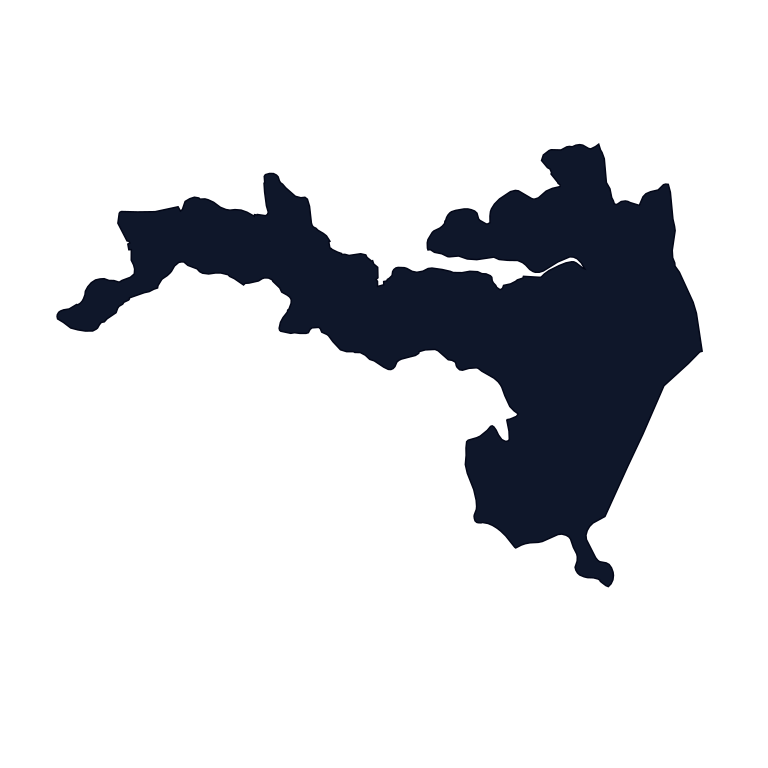 the district of Hunters Hill, New South Wales, Australia, rotated 175°
{"feature_id": "25037944B34296859753223", "entity_name": "Hunters Hill", "entity_type": "district", "adm_level": 2, "iso_a3": "AUS", "parent_name": "Australia", "parent_adm1": "New South Wales", "projection": "natural_earth1", "projection_center": [151.151, -33.83], "detail": "fine", "context": "isolated", "style": "filled", "palette": "ink", "viewbox_px": 768, "rotation_deg": 175, "n_neighbors": 0, "source": "geoboundaries", "source_scale": "gbopen_adm2", "svg_char_len": 6153}
<svg xmlns="http://www.w3.org/2000/svg" viewBox="0 0 768 768"><g transform="rotate(175 384 384)"><path d="M185.6,168.4L180.5,163.8L178.2,162.6L175.2,165.2L173.0,169.0L172.1,173.3L172.2,176.6L173.4,181.1L175.5,184.6L178.2,186.4L184.7,188.2L186.5,189.8L188.3,192.5L195.9,211.4L196.0,215.8L194.3,220.3L191.6,224.2L187.9,227.3L175.4,232.8L148.4,280.7L130.5,311.4L105.3,357.8L79.1,377.8L66.7,388.4L64.2,388.9L66.6,427.3L68.9,438.5L80.0,469.6L83.8,476.1L83.8,479.3L85.4,484.6L85.2,492.0L80.6,511.4L80.8,515.8L81.8,523.2L82.0,550.1L83.4,558.1L86.0,558.6L88.2,558.2L94.0,553.4L101.7,552.3L106.5,550.7L109.7,547.9L114.1,539.7L123.0,543.3L125.1,544.6L127.6,545.3L131.8,545.1L136.4,542.5L138.8,543.2L139.6,546.7L140.9,549.8L141.9,558.8L144.9,565.3L144.9,589.2L146.6,595.6L147.9,598.3L149.2,604.2L152.6,602.1L157.5,600.2L159.6,600.8L165.1,604.6L168.1,605.4L172.0,605.2L175.8,603.9L178.6,604.5L181.3,604.3L187.3,601.7L197.1,602.8L199.2,602.2L205.3,598.3L207.6,592.9L202.3,585.3L199.9,583.7L198.7,580.1L199.3,578.6L193.4,569.8L193.1,568.7L191.3,567.2L191.2,565.7L191.6,565.3L199.3,564.2L205.7,562.0L213.9,556.0L217.5,555.1L219.2,555.2L220.8,555.9L233.2,564.7L236.3,565.4L241.3,564.6L252.8,558.3L258.3,553.6L261.7,549.1L262.9,546.5L263.8,542.1L264.3,535.5L266.7,534.4L268.2,534.5L274.4,538.8L275.4,540.3L276.5,546.1L278.6,548.4L281.8,550.0L285.2,551.1L289.1,551.4L297.5,550.7L301.8,549.7L303.5,548.7L305.5,546.8L307.1,544.5L308.4,541.4L309.1,541.0L309.6,538.7L312.1,536.2L314.9,534.4L321.0,532.1L322.7,530.8L327.6,524.1L328.6,520.9L328.9,515.6L328.5,513.7L326.1,513.8L322.3,510.8L315.1,508.7L309.4,505.3L307.7,505.0L298.5,505.0L290.2,501.3L280.7,499.8L263.5,500.8L258.5,498.0L249.8,496.4L240.1,495.4L235.4,492.9L232.5,490.2L228.8,485.4L225.8,483.1L223.5,482.1L219.5,481.8L215.5,482.7L200.3,490.4L187.8,494.5L184.1,493.9L180.6,491.9L176.9,487.4L173.9,481.2L175.9,482.2L181.9,487.8L184.3,489.2L186.4,489.4L192.2,488.8L199.3,486.7L209.7,482.6L214.6,479.7L218.1,476.8L219.5,476.7L235.7,479.1L236.4,477.4L242.1,476.1L244.0,474.8L249.2,472.7L256.3,471.8L257.4,469.3L258.8,468.2L260.3,467.9L263.3,470.4L264.1,472.5L266.3,475.3L267.2,477.6L267.3,480.9L268.6,482.6L272.7,484.8L276.9,485.4L280.9,487.7L288.7,488.8L296.5,488.1L305.3,489.0L308.3,490.5L316.1,493.0L326.1,495.3L330.0,495.2L335.4,493.0L341.6,492.4L346.2,493.8L351.1,497.1L353.5,498.1L359.8,498.9L362.0,498.6L364.2,497.2L365.6,495.3L366.5,491.4L369.5,488.9L371.5,487.9L372.4,486.4L375.4,486.1L375.6,482.9L381.9,481.7L381.5,486.9L382.9,488.8L380.8,490.3L380.1,500.8L383.8,504.5L384.6,507.8L385.5,507.4L389.9,511.6L390.9,514.2L395.9,515.8L407.6,515.1L411.7,516.6L414.9,516.7L414.9,517.7L418.7,519.4L423.9,522.5L424.8,523.6L425.4,523.5L426.1,524.9L426.6,530.2L425.4,530.9L428.4,536.6L431.3,539.3L436.5,543.0L438.2,545.1L440.6,546.5L441.7,548.1L442.3,550.7L442.7,567.5L444.2,574.8L446.5,576.9L450.6,576.8L455.9,578.7L464.8,588.0L467.6,591.9L469.5,593.5L470.5,595.6L471.4,599.6L472.9,601.5L475.8,603.3L479.7,603.7L483.9,602.9L485.2,601.3L485.3,594.6L486.0,594.5L486.2,585.7L485.6,571.8L484.3,565.2L485.4,563.0L487.3,562.0L495.4,563.9L495.6,563.4L498.2,564.0L498.6,562.4L505.5,567.1L511.2,569.7L517.2,570.7L522.4,570.6L526.3,571.6L531.6,574.3L537.9,579.9L543.2,582.9L546.2,584.0L551.3,584.2L551.9,585.2L552.7,585.6L556.6,586.6L561.4,585.5L566.2,583.2L569.7,575.3L571.7,574.0L573.7,578.5L597.0,575.6L614.6,576.9L630.6,578.7L632.2,578.1L632.9,577.1L635.1,567.4L627.5,548.9L625.5,548.4L624.9,546.6L627.0,545.7L626.5,540.0L624.0,539.9L625.0,529.4L623.1,524.5L622.4,520.3L623.1,515.8L623.5,515.2L627.4,512.4L636.0,510.0L638.9,508.5L644.1,510.6L648.9,511.1L653.6,513.3L657.8,513.4L662.3,512.8L666.8,510.4L670.6,506.7L673.4,502.5L674.1,499.0L675.9,495.2L677.4,492.9L679.4,491.0L682.1,489.6L683.3,490.0L691.1,486.2L696.7,485.8L699.9,484.9L701.8,483.8L703.4,481.5L703.8,479.7L703.5,477.3L698.0,473.3L691.2,467.1L684.2,464.6L677.0,462.8L669.6,462.2L666.0,463.7L664.5,464.7L662.4,467.8L660.2,470.0L657.2,470.3L654.2,473.1L644.7,478.4L642.7,482.7L641.2,484.5L637.4,486.3L636.0,488.1L631.1,489.9L630.3,490.8L630.0,492.0L614.7,495.9L609.9,496.5L605.0,498.5L601.2,499.4L600.6,501.7L596.6,507.1L595.7,508.0L590.5,510.9L587.4,513.3L585.9,514.8L582.4,519.8L577.9,523.0L575.0,523.3L572.7,523.0L569.1,519.3L560.2,515.0L557.9,512.0L555.1,510.2L549.1,508.9L542.0,509.3L536.8,508.8L529.7,506.4L528.5,504.7L523.9,502.0L515.3,494.9L513.5,496.4L509.6,496.3L500.0,497.6L496.1,499.6L493.9,500.1L489.9,499.7L486.9,497.9L486.0,497.0L485.8,496.0L479.5,488.8L477.9,484.5L472.7,481.0L470.5,479.0L469.4,477.1L469.1,475.5L469.5,472.5L472.1,467.0L473.5,466.0L474.0,464.1L478.8,459.0L481.8,454.4L483.6,448.7L483.3,446.7L482.3,445.6L472.5,442.6L468.7,442.9L463.1,441.7L457.4,441.2L454.9,441.7L452.9,444.8L450.8,446.2L444.1,446.1L442.7,444.8L441.5,441.1L436.5,438.3L435.1,437.0L431.2,430.6L424.4,421.9L418.5,419.5L411.7,418.9L410.3,418.0L404.9,417.4L400.1,414.3L396.1,409.8L391.7,407.9L382.8,400.8L378.5,398.2L375.9,397.8L373.6,398.6L371.6,400.4L369.3,404.7L367.1,406.3L364.5,407.3L350.0,409.8L346.8,411.5L346.1,413.2L339.9,414.4L330.1,414.0L327.2,412.4L317.9,402.6L314.3,401.7L311.4,399.9L310.7,398.5L310.4,395.9L309.7,394.2L307.4,391.6L304.6,390.9L298.0,392.2L290.6,392.1L288.9,391.5L285.4,388.2L274.0,380.3L270.1,376.3L268.0,372.9L266.9,370.4L264.6,361.7L260.6,350.6L256.8,345.9L252.9,342.5L254.9,340.2L261.7,338.0L264.4,337.8L264.8,337.2L263.6,326.1L264.0,317.8L265.2,316.6L266.8,316.2L268.3,316.4L271.5,318.4L274.4,323.2L276.3,328.3L278.3,331.7L279.9,332.9L281.5,332.5L285.2,328.8L292.7,323.7L296.3,322.4L305.0,320.7L306.7,319.3L307.9,313.1L308.4,305.8L310.0,296.7L308.8,287.9L303.8,271.0L302.3,260.1L302.4,254.0L302.9,251.1L305.5,245.6L305.8,244.3L305.7,242.0L305.2,239.7L303.7,238.1L302.3,237.6L299.3,237.2L298.1,237.5L292.5,236.0L288.2,233.7L284.3,230.8L280.7,227.5L276.0,222.1L268.0,210.0L267.1,209.2L261.2,211.6L257.2,212.6L252.4,213.1L244.2,212.8L240.0,213.3L223.8,218.9L220.0,219.0L215.8,217.5L213.2,215.6L211.7,213.3L209.6,204.8L206.8,197.8L206.5,195.0L207.0,190.8L209.6,184.8L209.1,181.8L207.7,178.9L205.7,176.7L201.5,174.5L198.2,173.4L192.3,172.7L187.6,171.0L186.2,169.9L185.6,168.4Z" fill="#0f172a" stroke="#020617" stroke-width="1.5"/></g></svg>